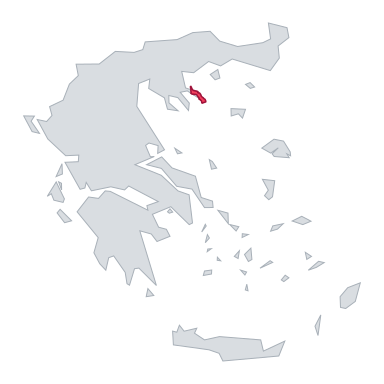 Agion Oros, Ayion Oros, Greece shown in context
{"feature_id": "26713481B40019078264500", "entity_name": "Agion Oros", "entity_type": "district", "adm_level": 2, "iso_a3": "GRC", "parent_name": "Greece", "parent_adm1": "Ayion Oros", "projection": "albers", "projection_center": [24.188, 40.281], "detail": "fine", "context": "in_parent", "style": "filled", "palette": "rose", "viewbox_px": 384, "rotation_deg": 0, "n_neighbors": 0, "source": "geoboundaries", "source_scale": "gbopen_adm2", "svg_char_len": 5602}
<svg xmlns="http://www.w3.org/2000/svg" viewBox="0 0 384 384"><path d="M268.4,23.0L287.0,27.7L288.9,37.6L278.1,46.0L279.3,58.1L270.3,70.6L232.2,59.0L220.6,65.9L208.6,61.5L193.7,72.7L181.7,71.4L185.5,87.9L198.7,92.4L203.7,101.4L187.3,90.9L180.2,92.3L189.3,103.1L188.5,110.5L177.8,97.6L168.8,95.5L169.0,102.9L178.1,110.8L167.5,109.2L164.4,97.8L148.7,88.5L149.8,79.0L138.6,83.5L136.8,106.4L164.5,149.8L157.7,153.4L158.1,145.6L148.9,143.0L145.6,145.4L147.4,149.8L150.4,156.8L154.3,156.5L134.9,164.7L161.3,175.3L178.0,190.9L189.1,194.8L192.5,223.0L189.2,224.6L170.8,206.7L152.4,214.3L158.6,227.2L166.4,229.3L170.0,236.3L157.0,241.5L151.3,234.0L139.8,230.8L156.4,285.5L138.9,268.1L134.5,268.7L129.5,285.2L127.0,283.7L125.2,272.4L113.7,255.9L108.7,257.7L105.8,270.2L99.8,263.8L93.9,252.8L98.2,237.6L77.1,211.8L88.6,197.0L98.5,198.4L105.2,190.9L110.3,191.4L147.9,210.2L146.9,205.6L158.3,201.6L128.7,186.0L124.6,189.9L110.8,186.8L91.4,190.8L86.2,182.4L84.9,188.0L80.1,189.3L65.0,162.3L78.3,161.7L78.8,155.1L65.7,155.7L47.8,139.0L37.2,119.5L46.6,121.5L52.0,115.5L49.6,106.6L63.1,100.2L69.4,84.1L78.3,75.6L76.1,64.2L99.2,64.0L115.3,51.4L134.1,52.4L142.8,49.6L145.2,41.9L177.1,39.6L192.8,32.6L210.1,31.3L219.7,41.1L237.6,46.5L262.8,42.7L270.6,38.9L268.4,23.0ZM184.1,331.2L196.8,328.2L194.5,333.2L204.5,339.9L219.5,336.6L260.7,339.9L263.4,351.1L284.8,341.1L278.8,356.0L222.9,361.0L219.1,353.3L209.0,349.8L173.4,344.9L172.6,331.1L176.8,332.2L179.4,325.2L184.1,331.2ZM161.7,156.9L172.0,167.9L195.4,176.2L201.2,197.5L212.5,201.1L213.1,207.5L204.5,207.6L192.0,189.1L176.7,186.3L161.4,168.4L146.6,164.7L161.7,156.9ZM283.5,141.1L290.2,151.9L290.6,155.8L286.8,153.8L289.2,157.7L274.2,156.5L272.1,153.8L278.3,147.8L270.7,153.1L261.8,148.1L274.0,139.2L283.5,141.1ZM345.7,308.5L340.5,307.4L340.1,296.7L347.7,287.7L360.3,282.8L355.3,301.4L345.7,308.5ZM272.5,196.8L268.8,199.7L264.5,195.7L268.3,190.2L262.4,179.3L274.7,180.7L272.5,196.8ZM56.2,181.9L64.4,198.9L63.1,202.4L53.9,200.2L51.3,193.7L47.3,196.3L56.2,181.9ZM39.5,133.4L32.1,131.6L23.7,115.9L34.4,116.1L31.1,121.2L39.5,133.4ZM245.5,109.3L242.5,118.1L238.4,113.8L231.2,116.0L231.0,108.6L245.5,109.3ZM301.7,216.3L311.0,221.2L302.8,224.6L292.2,221.0L301.7,216.3ZM219.9,78.0L215.1,79.8L210.2,74.5L217.8,69.5L219.9,78.0ZM60.1,209.3L71.6,220.8L64.6,222.7L57.1,212.9L60.1,209.3ZM251.9,259.5L248.4,261.5L244.5,254.5L250.9,248.1L251.9,259.5ZM228.0,213.1L228.3,223.7L217.9,210.3L228.0,213.1ZM320.8,314.9L318.0,335.5L315.0,326.2L320.8,314.9ZM62.4,174.0L56.1,176.6L62.0,163.7L62.4,174.0ZM153.8,295.5L146.2,296.7L147.9,288.6L153.8,295.5ZM308.3,270.2L318.6,261.3L324.2,262.6L316.3,267.4L308.3,270.2ZM270.6,231.2L272.8,225.9L283.2,223.7L277.5,229.1L270.6,231.2ZM239.4,250.7L238.1,258.5L234.3,256.4L239.4,250.7ZM238.8,226.7L236.1,231.0L229.7,224.5L238.8,226.7ZM216.7,168.1L211.5,169.2L209.3,159.6L212.3,161.5L216.7,168.1ZM254.6,87.0L250.3,88.4L245.5,84.4L250.1,82.6L254.6,87.0ZM211.7,270.0L211.5,274.0L203.3,275.5L204.5,271.0L211.7,270.0ZM272.7,262.4L260.0,268.2L270.1,260.7L272.7,262.4ZM206.2,226.0L201.7,232.0L205.3,224.3L206.2,226.0ZM248.3,234.5L242.1,237.5L242.3,233.7L248.3,234.5ZM288.9,277.8L283.8,281.6L281.3,279.9L285.2,275.2L288.9,277.8ZM311.5,256.4L306.8,259.4L305.3,252.3L311.5,256.4ZM209.4,238.0L205.3,242.7L207.4,234.6L209.4,238.0ZM61.5,183.3L61.6,189.9L58.6,181.8L61.5,183.3ZM246.6,272.0L244.9,275.0L240.6,270.1L246.6,272.0ZM181.9,152.9L177.5,153.8L174.8,148.2L181.9,152.9ZM172.7,212.1L169.3,213.2L167.5,211.8L170.0,208.8L172.7,212.1ZM211.3,248.7L207.2,251.7L207.8,249.0L211.3,248.7ZM246.8,284.2L248.0,290.8L245.3,289.9L246.8,284.2ZM220.7,260.8L217.2,260.3L217.4,257.2L220.7,260.8Z" fill="#d9dde1" stroke="#a8b0b8" stroke-width="1"/><path d="M190.8,93.1L191.0,93.3L191.4,93.7L191.7,93.9L191.9,94.0L192.1,94.1L192.4,94.2L192.6,94.1L192.8,94.1L193.2,94.1L193.3,94.2L193.7,94.3L193.9,94.5L194.1,94.5L194.3,94.4L194.5,94.3L194.9,94.3L195.2,94.3L195.3,94.4L195.9,94.5L196.1,94.5L196.4,94.6L196.5,94.6L196.8,94.8L197.0,95.3L197.1,95.5L197.4,95.9L197.6,96.3L197.9,96.7L198.2,96.9L198.4,97.2L198.5,97.3L198.8,97.6L199.0,97.8L199.1,98.0L199.1,98.3L199.0,98.5L198.9,98.7L199.0,98.9L199.0,99.0L199.2,99.3L199.3,99.4L199.6,99.5L199.8,99.5L200.0,99.5L200.3,99.8L200.5,100.1L200.7,100.3L200.9,100.4L201.1,100.5L201.3,100.7L201.4,101.0L201.6,101.5L201.7,101.9L201.7,102.2L201.7,102.5L201.8,102.7L202.1,103.1L202.3,103.1L202.5,103.1L202.8,102.9L203.0,102.8L203.3,102.8L203.4,102.6L203.6,102.5L203.9,102.5L204.1,102.5L204.2,102.4L204.3,102.3L204.8,102.2L205.1,102.1L205.6,102.0L205.8,101.8L205.8,101.7L205.8,101.4L205.7,101.1L205.7,100.7L205.4,100.2L205.3,99.9L205.2,99.6L204.9,99.3L204.8,99.1L204.6,99.0L204.4,98.9L204.2,98.8L203.8,98.6L203.6,98.4L203.6,98.2L203.4,98.0L203.2,97.7L202.8,97.6L202.7,97.4L202.4,97.2L202.2,97.0L201.8,96.7L201.6,96.6L201.2,96.0L201.2,95.6L201.1,95.4L201.0,95.2L200.8,95.0L200.7,94.8L200.7,94.7L200.7,94.4L200.3,94.1L200.2,94.0L200.2,93.8L200.0,93.4L199.6,93.1L199.2,92.9L198.9,92.9L198.7,92.9L198.7,93.0L198.1,92.9L197.9,92.7L197.7,92.4L197.8,92.1L198.0,92.0L198.0,91.9L197.9,91.8L197.9,91.6L197.6,91.4L197.4,91.4L197.1,91.3L196.8,91.1L196.4,91.0L196.2,91.2L195.9,91.2L195.6,90.9L195.4,90.8L195.1,90.8L194.8,90.8L194.5,90.8L194.2,90.5L193.7,90.5L193.3,90.5L193.2,90.4L192.8,89.9L192.7,89.7L192.5,89.4L192.4,89.2L192.1,88.9L191.9,88.9L191.8,88.7L191.7,88.2L191.4,87.7L191.5,87.4L191.4,87.2L191.2,86.9L191.0,86.7L190.9,86.4L190.7,86.4L190.5,86.6L190.4,86.8L190.5,87.3L190.5,87.7L190.5,87.9L190.5,88.1L190.8,88.5L190.9,89.0L191.1,89.2L191.0,89.3L190.8,89.9L190.9,90.6L190.8,91.0L191.2,92.2L190.8,93.1Z" fill="#f43f5e" stroke="#9f1239" stroke-width="1.5"/></svg>